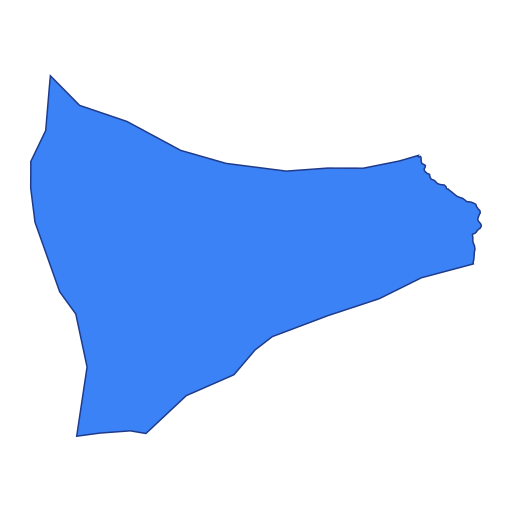 Hurghada 1, Al Bahr al Ahmar, Egypt
{"feature_id": "37247803B61358518780197", "entity_name": "Hurghada 1", "entity_type": "district", "adm_level": 2, "iso_a3": "EGY", "parent_name": "Egypt", "parent_adm1": "Al Bahr al Ahmar", "projection": "albers", "projection_center": [33.55, 27.127], "detail": "fine", "context": "isolated", "style": "filled", "palette": "blue", "viewbox_px": 512, "rotation_deg": 0, "n_neighbors": 0, "source": "geoboundaries", "source_scale": "gbopen_adm2", "svg_char_len": 1671}
<svg xmlns="http://www.w3.org/2000/svg" viewBox="0 0 512 512"><path d="M418.4,155.4L399.3,161.0L363.3,168.2L327.4,168.1L286.2,171.1L226.1,163.4L180.7,150.4L127.0,121.5L79.6,105.4L50.4,75.8L49.8,81.8L45.7,130.5L30.8,161.5L30.8,168.8L30.8,169.4L30.8,170.0L30.7,188.1L35.0,222.2L48.6,260.5L59.7,291.8L75.8,314.0L86.6,364.8L87.1,366.9L86.6,370.1L76.7,436.2L99.0,433.2L99.6,433.1L129.5,430.9L130.1,430.8L145.9,433.5L186.3,395.6L234.0,374.7L255.1,349.9L272.3,336.6L327.7,315.7L379.2,298.7L421.3,277.8L473.4,263.9L473.1,262.4L473.7,260.2L474.0,257.6L474.0,257.2L474.2,255.0L474.4,251.6L475.0,249.6L474.5,245.9L474.0,244.7L472.9,241.9L472.8,239.3L472.9,237.4L472.5,236.0L472.5,234.3L472.9,234.0L474.8,233.4L476.3,232.1L477.4,230.4L479.1,228.9L480.2,228.2L481.3,226.2L481.0,224.4L480.0,223.0L478.3,221.0L477.7,219.6L477.8,219.1L478.0,218.4L478.1,217.9L478.4,216.9L478.8,215.9L479.4,214.4L479.9,213.5L480.2,213.1L480.1,211.4L479.7,210.4L478.3,209.1L476.5,206.5L475.8,204.3L473.5,203.1L471.4,202.2L468.9,201.8L466.5,201.5L465.5,200.5L465.0,200.1L464.3,199.6L462.6,198.3L459.2,197.2L458.4,196.9L456.9,196.2L455.1,194.8L454.3,194.2L451.6,191.9L449.7,190.5L448.1,189.0L447.1,189.0L446.6,188.7L446.2,187.7L446.1,186.8L444.3,185.0L440.8,184.6L438.8,184.1L438.4,183.9L437.6,183.6L436.6,182.8L435.5,181.5L435.3,181.2L434.7,180.8L434.2,180.3L431.2,179.2L430.3,177.5L429.6,175.4L429.6,174.4L427.4,173.5L425.4,171.9L424.3,170.4L424.2,168.9L424.6,168.2L425.1,167.3L425.1,167.2L425.4,165.4L423.7,164.4L422.0,163.5L421.7,163.1L421.4,161.9L421.1,160.4L421.1,159.2L421.0,157.3L420.3,156.4L419.0,157.0L418.0,156.4L418.2,155.9L418.4,155.4Z" fill="#3b82f6" stroke="#1e3a8a" stroke-width="1.5"/></svg>